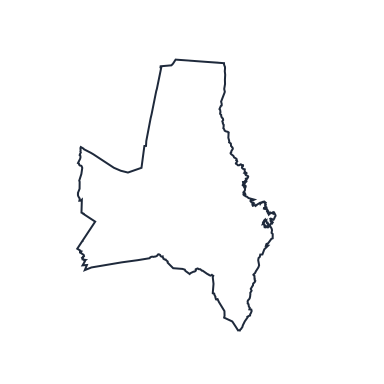 Cerralvo, Nuevo León, Mexico (Equal Earth projection), rotated 214°
{"feature_id": "50627088B47581095224708", "entity_name": "Cerralvo", "entity_type": "district", "adm_level": 2, "iso_a3": "MEX", "parent_name": "Mexico", "parent_adm1": "Nuevo León", "projection": "equal_earth", "projection_center": [-99.749, 26.06], "detail": "fine", "context": "isolated", "style": "outline", "palette": "slate", "viewbox_px": 384, "rotation_deg": 214, "n_neighbors": 0, "source": "geoboundaries", "source_scale": "gbopen_adm2", "svg_char_len": 6051}
<svg xmlns="http://www.w3.org/2000/svg" viewBox="0 0 384 384"><g transform="rotate(214 192 192)"><path d="M95.1,105.8L86.2,107.2L80.0,104.6L76.4,103.0L75.7,103.7L74.9,103.9L75.0,105.1L74.7,106.1L74.8,106.9L74.7,108.1L75.3,109.9L75.9,114.3L75.8,119.3L76.3,119.6L75.4,121.3L74.8,122.1L75.4,123.1L75.5,124.7L76.0,126.7L77.1,127.7L78.8,126.8L79.3,128.3L80.8,128.8L82.4,130.6L83.5,130.7L84.1,131.8L84.6,132.2L85.0,133.3L84.7,135.1L84.7,136.0L85.3,137.7L86.4,139.8L87.3,141.0L87.4,143.5L89.1,144.5L89.3,147.9L89.2,148.6L90.1,150.3L89.6,152.1L89.8,153.6L90.3,153.6L91.3,155.0L91.6,155.0L91.6,155.3L92.7,156.4L93.2,157.3L94.7,157.6L94.9,157.8L94.4,160.2L94.7,161.9L94.8,166.6L95.4,168.8L99.0,172.5L99.9,174.5L99.5,176.1L100.4,178.3L98.7,179.6L100.0,184.9L98.9,190.2L100.0,189.7L100.7,188.9L101.2,190.5L100.2,192.1L100.0,197.5L99.2,198.7L101.6,202.3L103.2,202.6L104.3,205.1L105.7,206.3L107.9,207.3L109.2,205.9L109.2,205.2L109.7,204.9L109.9,205.3L110.8,205.5L111.2,204.7L111.4,203.7L112.1,203.4L112.7,204.0L112.7,205.1L113.6,205.4L114.2,205.1L114.8,205.9L115.4,205.1L115.6,206.3L116.1,206.5L116.1,207.2L115.5,207.4L116.3,208.7L116.0,210.0L115.1,209.1L114.6,210.2L114.1,209.2L113.6,209.2L113.1,208.4L112.2,208.0L111.7,208.0L111.6,208.5L111.3,208.3L111.3,207.9L109.2,206.9L109.1,207.7L109.1,208.3L108.9,208.4L108.8,208.8L109.1,209.2L108.9,210.3L108.0,210.5L108.0,211.0L108.2,211.4L108.1,212.0L109.4,212.3L110.1,211.7L110.6,211.9L110.2,212.7L112.1,213.5L111.9,214.0L108.9,214.6L109.0,215.4L108.9,215.9L109.3,217.1L109.3,218.5L109.7,219.4L112.6,221.0L113.3,220.5L112.8,219.4L113.5,219.4L113.8,220.0L114.9,218.2L115.4,218.4L115.3,218.0L115.6,217.3L115.7,216.2L116.4,216.6L116.7,217.9L117.0,218.0L117.7,217.2L118.0,217.4L118.4,218.8L118.9,219.0L119.3,218.5L119.8,219.5L120.5,219.6L121.3,220.5L121.6,220.1L121.7,218.8L123.1,218.4L123.4,219.1L122.1,220.3L122.8,221.4L123.4,221.2L124.0,221.9L123.9,222.8L124.6,222.9L124.9,223.3L124.8,224.3L126.4,224.5L126.5,224.0L127.0,224.2L127.3,223.9L127.2,223.4L127.7,223.1L127.9,223.3L128.3,222.8L128.2,221.9L128.8,221.5L128.8,220.4L129.6,221.0L131.1,217.7L131.1,217.0L131.5,216.8L131.6,216.1L132.4,216.4L133.9,214.6L134.8,215.2L134.4,217.3L135.0,217.3L135.0,216.7L136.5,216.6L138.5,217.2L138.7,218.2L137.5,218.2L136.1,220.5L141.7,218.6L143.9,218.8L145.3,218.4L146.0,218.6L146.1,218.9L146.8,218.4L147.9,218.6L148.1,219.1L148.0,219.7L147.7,219.8L147.0,219.6L146.7,220.1L148.1,220.9L148.6,220.7L149.0,220.2L149.2,220.4L149.0,222.2L149.1,223.0L150.4,225.4L150.6,225.5L151.3,225.0L151.7,225.4L151.4,225.7L150.6,226.0L150.4,226.3L150.5,226.5L151.1,227.1L151.5,227.1L152.0,226.9L153.3,225.9L153.7,225.9L153.9,226.3L153.8,227.0L153.1,227.8L153.1,228.9L153.3,229.0L154.2,228.0L154.5,227.9L155.3,228.8L154.8,229.2L154.2,229.1L153.8,229.2L153.1,230.1L152.8,230.9L152.8,231.3L153.0,231.4L154.2,231.1L154.2,231.4L153.8,232.5L154.8,233.2L154.5,233.7L153.7,234.0L153.8,235.6L154.1,236.3L154.8,236.5L156.7,236.1L157.6,236.4L157.8,236.8L157.3,238.0L157.6,238.3L158.4,237.9L159.0,237.2L159.3,237.1L159.2,238.4L160.2,238.9L160.9,240.3L162.9,239.7L164.1,240.0L164.4,240.4L164.5,240.8L164.5,241.2L164.2,241.8L164.4,242.4L164.8,242.8L165.1,242.7L165.6,241.9L166.8,242.3L167.2,242.1L167.8,240.6L168.7,239.9L169.0,239.8L170.6,240.2L171.3,240.0L171.7,240.3L171.6,242.7L172.0,243.0L173.0,243.0L173.1,243.9L173.3,244.2L174.6,244.4L176.4,244.2L177.9,245.1L180.9,245.3L181.6,245.6L181.9,246.3L181.7,246.9L182.2,247.8L182.3,250.6L182.7,251.1L183.3,251.5L183.9,251.5L184.3,251.8L185.4,252.0L186.9,253.9L189.0,253.9L189.2,254.5L190.1,255.5L192.2,257.3L194.0,260.3L194.4,260.8L194.6,261.5L194.9,261.5L195.1,261.9L196.0,261.9L197.9,261.2L199.2,261.1L200.6,262.1L201.7,262.4L202.3,263.9L202.8,264.4L203.1,265.3L204.7,266.0L205.2,266.8L206.2,267.3L206.4,267.6L206.4,269.1L207.3,270.0L207.6,270.2L208.5,270.3L209.5,270.7L210.3,271.4L211.0,272.3L211.9,272.3L212.4,272.6L212.8,273.1L213.0,274.0L213.5,274.6L214.6,275.8L215.6,276.1L216.2,279.4L215.8,280.1L215.9,280.6L216.9,281.9L218.4,283.2L220.6,292.7L220.9,293.5L222.9,295.4L225.0,300.0L227.5,303.5L230.0,307.7L232.3,310.4L233.9,313.2L234.7,314.2L235.8,314.9L236.9,315.8L237.5,316.7L279.6,292.6L279.5,287.8L279.9,285.5L288.3,278.7L287.8,277.7L287.1,278.0L278.8,257.9L278.1,255.7L269.0,233.9L267.5,229.9L258.4,208.7L255.9,204.5L257.2,203.5L247.4,183.8L256.0,172.3L262.9,169.8L270.3,168.4L294.9,168.1L298.0,167.9L305.5,167.0L306.2,167.3L309.3,167.1L309.1,166.1L307.4,163.9L307.2,163.2L306.3,162.6L306.1,160.9L305.8,160.5L305.8,159.8L304.7,159.5L303.8,158.3L303.3,156.9L302.7,152.2L301.6,152.3L300.8,151.5L300.3,151.4L299.7,151.3L299.0,151.7L298.3,151.8L296.9,151.0L296.4,150.5L293.8,145.1L291.8,138.3L290.9,137.7L287.0,131.8L286.0,127.3L285.4,126.8L285.0,125.8L283.9,124.9L282.1,124.0L281.6,123.9L280.9,122.9L280.5,121.8L279.3,122.7L279.0,124.0L272.1,113.1L269.9,113.4L269.9,113.1L255.7,113.3L255.5,90.9L255.2,90.3L255.3,89.9L255.5,89.9L255.4,80.8L251.7,81.0L251.6,80.1L251.2,79.5L250.5,80.2L250.5,79.3L246.8,79.3L246.5,79.2L245.6,78.4L245.8,77.7L246.2,77.2L246.1,76.3L246.3,75.9L245.9,75.7L245.7,75.4L245.4,75.2L245.2,75.6L244.9,75.0L242.2,76.2L242.7,74.8L242.0,74.5L241.7,70.0L238.3,72.7L237.2,67.3L233.2,73.2L210.9,94.4L198.8,105.2L190.1,113.4L190.1,114.4L189.4,115.6L188.4,116.4L187.6,116.7L186.7,117.7L186.1,118.1L185.3,119.6L185.3,121.0L185.0,121.1L184.7,121.8L183.4,122.0L182.3,121.4L181.6,121.3L180.9,121.5L180.3,122.2L179.6,121.4L179.0,121.3L178.4,120.7L177.3,120.7L176.9,121.0L176.4,120.9L175.9,121.2L175.7,121.0L173.3,120.8L172.7,119.8L165.0,118.3L156.9,122.9L154.5,123.6L153.4,122.9L148.1,122.7L148.1,123.1L147.7,124.2L146.1,126.9L145.4,127.4L144.9,128.6L145.0,129.3L145.7,129.9L145.4,130.7L145.1,130.9L144.5,131.8L143.2,131.8L141.9,132.6L139.8,132.3L139.2,132.7L133.0,132.6L132.2,132.9L131.4,132.7L130.0,133.0L129.6,133.3L129.2,134.4L128.8,134.3L127.5,134.4L127.1,132.9L122.8,127.9L118.2,119.7L117.7,119.7L117.2,120.1L116.8,120.2L115.6,119.1L114.0,118.3L113.7,117.7L112.2,116.5L111.8,116.4L110.9,117.5L108.3,115.9L98.5,111.4L95.8,107.6L95.1,105.8Z" fill="none" stroke="#1e293b" stroke-width="2"/></g></svg>